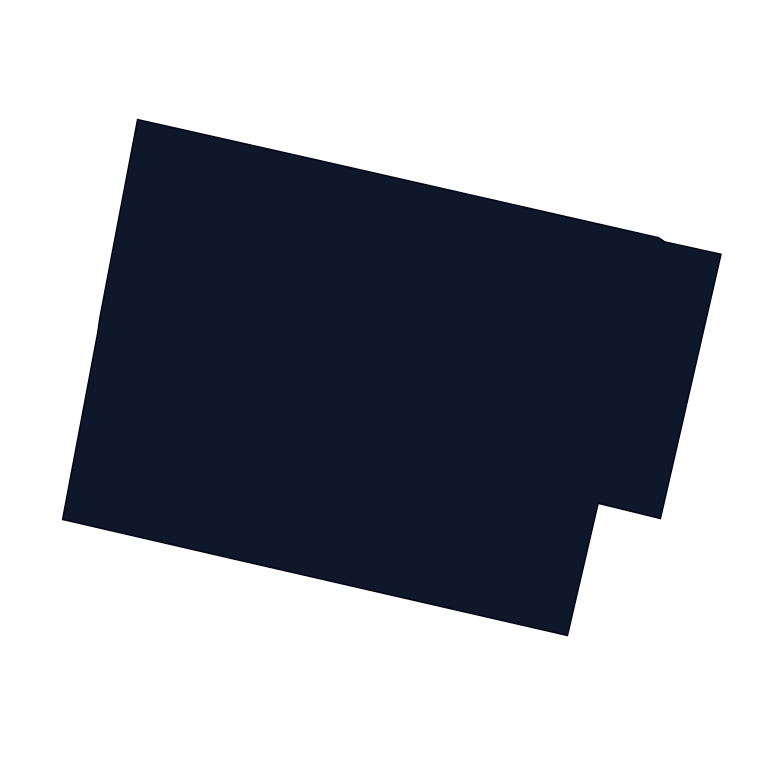 George, Mississippi, United States of America, rotated 193°
{"feature_id": "52423323B66820493102445", "entity_name": "George", "entity_type": "district", "adm_level": 2, "iso_a3": "USA", "parent_name": "United States of America", "parent_adm1": "Mississippi", "projection": "natural_earth1", "projection_center": [-88.654, 30.866], "detail": "fine", "context": "isolated", "style": "filled", "palette": "ink", "viewbox_px": 768, "rotation_deg": 193, "n_neighbors": 0, "source": "geoboundaries", "source_scale": "gbopen_adm2", "svg_char_len": 349}
<svg xmlns="http://www.w3.org/2000/svg" viewBox="0 0 768 768"><g transform="rotate(193 384 384)"><path d="M148.7,180.2L148.5,315.9L84.4,315.1L84.8,586.2L142.4,585.6L149.2,588.3L368.3,587.6L512.0,587.1L683.6,586.2L675.7,383.6L674.5,370.2L671.3,293.0L666.7,179.7L491.4,179.7L148.7,180.2Z" fill="#0f172a" stroke="#020617" stroke-width="1.5"/></g></svg>